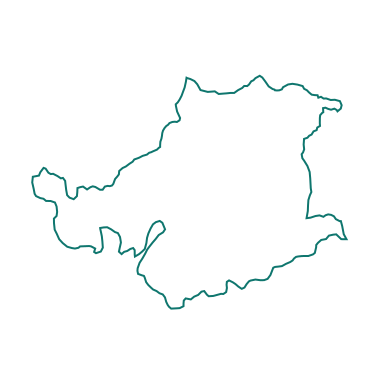 Aradippou, Larnaca, Cyprus (Albers equal-area conic projection), rotated 84°
{"feature_id": "46923920B78088096679659", "entity_name": "Aradippou", "entity_type": "district", "adm_level": 2, "iso_a3": "CYP", "parent_name": "Cyprus", "parent_adm1": "Larnaca", "projection": "albers", "projection_center": [33.576, 34.95], "detail": "fine", "context": "isolated", "style": "outline", "palette": "teal", "viewbox_px": 384, "rotation_deg": 84, "n_neighbors": 0, "source": "geoboundaries", "source_scale": "gbopen_adm2", "svg_char_len": 4063}
<svg xmlns="http://www.w3.org/2000/svg" viewBox="0 0 384 384"><g transform="rotate(84 192 192)"><path d="M77.8,185.5L81.9,186.6L87.3,188.4L90.9,190.2L95.2,192.3L98.7,194.6L101.4,196.8L103.1,199.0L104.7,199.0L110.4,198.4L117.2,196.1L119.4,196.9L120.8,199.7L120.3,201.7L120.3,204.3L121.1,207.2L122.6,208.7L123.7,210.7L125.5,212.6L127.9,214.4L130.3,215.4L133.0,216.0L135.7,216.8L138.7,218.2L142.1,218.8L143.9,219.0L144.6,220.4L146.2,222.4L147.4,226.3L148.2,228.6L148.5,230.5L150.1,232.9L150.9,237.3L152.3,240.8L152.8,242.6L153.6,246.0L155.7,247.9L157.3,251.1L159.7,255.1L160.9,258.5L163.5,262.2L166.9,262.9L168.9,264.8L171.0,267.1L173.4,268.3L175.7,269.4L177.2,270.9L177.6,273.1L177.1,275.3L177.5,278.1L180.4,280.6L180.1,283.3L176.9,287.6L176.0,290.1L176.6,292.5L178.5,296.1L175.2,299.8L175.5,302.7L176.1,305.5L180.2,306.1L184.1,306.9L186.8,310.4L184.8,314.4L182.1,316.5L176.8,316.9L170.3,317.0L167.7,317.0L164.5,318.9L164.7,321.0L162.1,324.1L159.4,328.2L159.4,330.6L157.8,332.8L153.5,335.1L152.9,336.2L152.5,337.1L156.5,340.8L159.7,342.5L160.2,348.7L165.8,349.9L172.5,349.1L177.3,348.7L179.8,347.5L182.2,343.5L183.2,340.4L185.6,338.1L186.2,333.5L188.1,329.4L192.3,328.2L197.7,328.2L201.7,329.2L204.0,332.1L208.5,332.5L215.1,332.5L219.3,330.9L223.6,329.5L225.1,329.0L229.3,325.9L233.4,321.8L235.2,317.3L236.0,314.3L235.6,310.7L234.4,309.0L234.7,304.4L235.0,299.9L235.5,298.1L238.1,294.2L241.4,295.6L242.8,293.9L241.7,288.9L238.0,286.5L231.7,286.3L226.6,286.3L222.6,286.7L219.1,287.1L218.2,287.1L218.0,283.4L218.2,280.0L220.7,276.3L223.8,272.8L225.1,270.0L229.2,268.3L234.1,268.0L234.9,268.0L240.5,269.9L243.7,270.9L246.4,268.5L244.4,265.7L243.9,262.6L242.2,259.3L241.6,256.4L243.8,255.1L248.2,255.5L250.2,255.5L248.3,251.2L246.1,247.9L243.7,244.9L238.0,242.7L232.9,241.5L228.6,239.7L224.0,237.0L220.1,234.2L218.2,231.1L217.4,227.1L219.5,224.7L226.3,222.7L229.1,225.0L231.3,229.6L235.1,233.2L238.1,236.4L242.2,240.4L244.6,242.6L248.4,245.0L253.1,248.4L256.9,251.5L262.1,254.0L264.7,254.5L267.8,254.2L269.6,250.6L270.4,248.6L272.1,248.0L276.9,247.0L279.9,245.2L282.9,242.7L284.9,240.9L286.8,237.6L289.3,234.9L290.8,231.8L294.0,229.9L298.6,229.1L301.7,228.0L303.7,226.9L305.8,224.9L306.1,219.0L306.2,216.4L304.7,212.4L304.2,212.3L302.1,212.1L299.1,211.5L297.2,209.4L298.7,204.4L296.3,200.8L295.0,196.6L292.1,193.0L291.8,190.2L295.7,187.9L297.4,186.3L297.6,181.7L297.2,179.2L296.3,173.8L296.7,171.5L295.1,168.5L291.1,167.3L287.8,167.3L285.0,166.7L283.8,164.4L286.1,160.8L288.1,158.4L290.9,155.8L292.9,153.4L293.5,152.6L292.5,149.8L289.3,147.3L286.8,144.7L286.2,143.1L285.7,138.1L286.9,133.1L287.2,129.5L286.3,125.9L282.8,122.7L279.3,120.9L275.8,119.1L275.2,117.2L275.2,113.9L275.1,110.3L273.3,106.1L271.9,101.6L270.6,99.1L268.8,97.5L267.4,95.3L267.2,93.1L267.2,89.6L267.4,86.6L267.8,82.9L266.7,78.2L265.4,76.2L259.9,74.3L257.7,74.0L255.7,72.0L253.2,68.5L252.8,63.6L249.7,60.4L249.2,56.1L249.2,53.0L254.5,48.5L255.1,43.3L249.8,45.5L241.5,46.2L236.5,47.0L236.4,48.2L234.0,51.8L231.0,53.4L229.3,56.0L228.5,58.9L229.1,61.6L230.4,63.9L228.6,67.6L228.8,71.7L229.9,76.8L230.0,80.8L223.0,78.8L217.5,78.0L212.2,77.1L207.6,75.1L204.5,73.3L200.7,73.5L190.9,73.0L184.4,72.9L178.2,74.5L172.4,77.3L170.0,78.7L165.9,79.0L164.2,77.4L161.3,76.0L156.5,76.0L150.9,75.0L150.1,71.5L148.3,69.6L147.4,67.1L144.4,64.8L143.5,61.6L141.0,60.7L139.7,57.8L136.9,57.7L131.8,57.1L129.0,56.5L127.0,54.3L126.4,53.1L122.3,52.9L122.1,50.5L123.6,47.9L124.7,45.1L124.0,41.7L125.6,39.5L127.0,38.9L124.6,35.3L121.3,34.1L117.1,35.4L115.2,40.3L115.0,44.4L113.0,48.7L112.8,51.4L110.8,53.8L111.4,56.5L108.9,57.0L108.5,59.7L107.7,62.8L105.1,65.3L102.8,67.1L101.1,69.7L98.2,70.9L96.2,75.9L94.9,80.8L95.1,85.2L97.3,90.5L99.3,91.9L100.0,94.6L99.9,96.9L99.5,98.9L98.8,99.2L98.0,101.1L95.0,104.7L89.7,107.6L85.5,110.1L83.5,112.5L85.4,117.0L87.3,119.2L88.1,121.5L91.1,124.1L92.4,126.0L92.0,129.0L93.8,131.2L95.5,135.5L97.9,139.7L97.5,143.2L97.5,147.2L97.4,151.0L97.3,155.2L94.3,158.8L94.1,165.9L91.5,172.9L85.4,175.5L81.9,178.0L79.5,181.8L78.2,184.9L77.8,185.5Z" fill="none" stroke="#0f766e" stroke-width="2"/></g></svg>